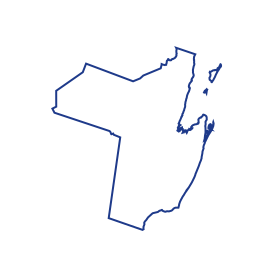 outline of Vilankulo, Inhambane, Mozambique, rotated 19°
{"feature_id": "85939544B70195584825603", "entity_name": "Vilankulo", "entity_type": "district", "adm_level": 2, "iso_a3": "MOZ", "parent_name": "Mozambique", "parent_adm1": "Inhambane", "projection": "natural_earth1", "projection_center": [35.386, -22.299], "detail": "fine", "context": "isolated", "style": "outline", "palette": "blue", "viewbox_px": 256, "rotation_deg": 19, "n_neighbors": 0, "source": "geoboundaries", "source_scale": "gbopen_adm2", "svg_char_len": 5736}
<svg xmlns="http://www.w3.org/2000/svg" viewBox="0 0 256 256"><g transform="rotate(19 128 128)"><path d="M67.1,90.0L48.0,116.2L53.2,131.2L50.2,134.3L53.5,137.5L111.2,136.9L112.3,137.2L113.1,138.0L114.1,139.2L114.3,139.3L115.8,138.1L116.7,139.0L123.7,139.4L139.1,219.5L174.9,219.6L175.7,218.6L175.3,217.9L174.8,216.2L174.9,213.8L174.7,213.2L174.3,212.7L174.2,212.4L174.3,211.3L174.6,210.4L175.2,209.1L175.7,207.2L176.1,205.9L178.8,201.0L179.3,200.4L183.4,197.8L183.8,197.4L184.4,196.4L184.7,196.0L185.9,195.2L186.5,194.5L186.8,194.4L187.7,195.0L188.8,195.1L190.3,195.1L190.6,195.0L192.0,194.0L193.9,193.5L195.9,192.1L196.5,191.4L197.4,189.3L198.3,188.3L199.0,187.8L201.6,186.9L201.4,184.1L201.2,183.6L201.2,183.1L201.2,180.7L201.5,178.4L202.1,174.8L202.5,173.6L203.1,170.6L204.3,166.4L204.1,166.5L204.9,164.2L206.1,158.5L206.8,152.9L206.9,150.7L206.8,149.3L206.9,148.1L207.3,141.1L207.3,137.3L207.5,134.9L207.4,132.4L207.1,131.7L206.6,127.9L206.1,125.9L206.1,122.6L205.6,121.9L205.4,120.9L205.3,119.5L205.5,117.5L205.3,117.1L206.3,108.7L207.4,104.2L207.9,101.2L208.0,98.4L207.6,96.3L207.4,95.7L206.7,94.7L206.7,94.8L207.1,95.6L207.4,96.5L207.4,98.0L207.8,98.9L207.7,99.5L207.4,100.2L207.5,100.7L207.2,101.1L207.2,101.8L207.1,102.0L206.9,102.0L206.9,102.3L207.4,102.5L206.6,102.6L206.4,104.0L206.9,104.3L206.9,104.6L206.8,104.9L206.5,105.0L206.6,105.7L206.5,106.4L206.1,107.5L206.0,107.8L205.5,108.1L205.3,108.9L204.9,109.3L205.2,110.0L204.8,111.0L205.0,111.3L205.0,112.0L204.6,112.2L204.8,113.1L204.8,113.5L204.1,114.6L204.0,113.0L203.7,112.1L203.7,111.4L203.4,110.8L202.8,107.1L201.7,103.9L200.9,101.9L200.4,101.0L200.2,99.3L199.7,97.9L199.3,97.1L199.3,96.2L199.6,95.1L199.7,94.4L198.9,92.3L198.3,91.5L197.3,91.0L196.1,90.8L195.0,90.8L194.8,90.9L194.7,91.1L194.5,92.8L193.9,93.4L193.7,94.3L193.5,94.5L193.1,94.5L192.1,95.8L191.8,96.8L191.8,97.2L192.5,98.6L192.7,99.2L192.9,99.5L192.7,99.9L192.7,100.0L193.0,100.2L193.0,100.7L192.8,100.9L192.5,101.0L192.6,101.3L191.2,102.3L190.1,102.8L189.5,103.3L188.6,104.1L187.9,105.1L187.9,105.6L187.5,106.4L187.8,106.8L188.1,106.9L188.4,107.4L188.6,107.5L188.9,107.4L188.9,107.6L188.6,107.9L188.1,107.7L187.6,107.4L187.4,108.4L187.6,108.8L188.3,109.8L187.5,109.4L187.1,109.6L186.9,109.5L186.9,109.8L186.3,109.9L186.0,109.6L185.9,110.1L185.6,110.2L185.4,110.7L185.2,111.0L185.3,111.2L185.1,111.8L185.2,112.7L185.1,113.4L184.9,113.2L184.8,112.2L184.4,111.4L184.0,111.4L183.7,111.9L183.4,111.5L183.2,111.4L183.0,111.5L183.2,112.2L182.9,112.0L182.6,112.4L182.4,113.2L182.1,112.9L181.9,113.9L181.5,114.5L181.2,114.7L181.3,112.9L181.1,112.7L181.3,112.6L181.2,112.2L180.7,112.2L180.5,111.9L180.3,111.7L180.2,111.4L179.8,111.6L179.5,111.3L179.3,111.3L179.0,111.5L178.8,112.1L177.9,112.2L177.8,111.9L178.0,111.1L178.8,110.7L179.0,110.2L178.9,110.0L178.4,110.6L177.7,111.0L177.3,111.7L177.2,111.9L177.4,112.2L177.2,112.6L177.3,112.8L177.5,112.9L177.8,112.8L178.0,113.0L177.8,113.4L177.8,114.2L177.7,114.3L177.4,114.5L177.3,114.1L176.9,114.3L176.7,114.6L176.4,114.4L176.6,114.1L176.2,114.1L175.9,114.0L175.6,114.3L175.5,114.2L175.9,113.3L176.3,113.1L176.0,112.9L176.0,112.5L175.7,112.3L175.9,112.0L175.9,111.6L175.7,111.4L175.1,111.3L175.2,110.5L175.4,110.8L175.7,110.4L175.9,109.5L175.7,109.0L175.7,108.8L175.9,108.7L175.6,108.6L175.6,108.3L175.7,108.2L175.4,108.2L175.1,107.5L174.5,107.5L174.4,107.4L174.6,106.3L174.6,104.3L174.8,103.2L174.9,101.7L174.9,100.2L175.0,100.1L174.9,99.9L175.1,99.5L175.0,99.4L175.1,99.0L175.1,98.8L175.3,98.3L175.1,98.1L174.9,97.0L175.2,96.0L175.1,94.1L175.3,93.1L175.1,92.0L175.1,89.4L174.9,88.6L174.3,87.1L174.2,86.0L173.9,84.9L173.8,82.6L173.7,82.1L173.6,81.7L173.7,80.8L173.6,80.1L173.6,79.9L173.4,78.8L173.3,77.9L173.4,75.5L173.7,73.6L173.7,72.1L173.5,70.1L173.4,70.0L173.2,70.3L173.0,70.2L172.6,69.9L171.9,68.7L171.8,67.6L171.8,66.3L171.9,65.6L173.0,62.6L172.9,62.2L172.5,62.2L172.3,61.4L172.4,60.3L173.0,58.6L172.9,58.1L173.1,57.4L172.9,56.6L171.3,54.3L171.0,53.1L170.5,52.1L170.0,48.3L170.1,46.5L169.9,46.1L169.7,45.4L169.3,45.0L168.7,42.9L168.3,42.5L168.2,41.8L168.0,41.7L167.7,41.0L167.6,40.3L167.5,39.8L167.4,39.7L167.3,38.8L167.6,36.4L147.4,36.5L148.1,37.2L148.3,37.5L148.6,39.4L149.3,41.1L149.8,41.7L149.8,42.0L149.7,42.5L150.2,43.5L150.2,44.7L149.9,45.0L149.9,45.6L149.7,46.2L148.5,47.7L148.2,48.0L147.6,48.2L147.2,48.7L146.9,49.0L146.8,49.7L146.5,50.0L145.8,50.3L145.0,50.4L144.6,50.3L144.0,49.8L143.7,49.7L143.5,49.8L143.5,50.2L143.6,50.9L143.4,51.2L143.0,51.5L142.9,51.9L143.4,54.2L143.3,54.9L143.5,55.8L142.6,56.2L142.4,56.5L140.6,56.7L139.0,56.6L139.2,57.3L139.5,60.9L125.4,73.4L123.3,77.2L117.6,82.2L67.4,80.8L67.1,90.0ZM195.8,39.0L195.2,37.9L194.8,37.6L194.7,37.6L194.6,38.2L194.8,38.4L194.8,38.7L194.4,39.7L194.4,41.2L194.2,41.4L193.9,41.5L193.5,42.0L193.3,42.2L193.3,42.6L193.2,43.7L193.5,44.8L192.1,44.6L191.5,44.7L191.3,44.8L191.1,45.2L190.2,45.5L189.6,45.9L188.1,47.8L187.9,48.0L187.1,48.1L187.1,48.3L187.1,49.0L188.4,50.2L188.8,51.2L189.0,52.7L188.7,53.7L188.7,54.1L189.3,55.4L189.6,55.8L190.2,56.0L190.9,56.3L191.5,56.4L191.9,56.7L192.1,57.4L192.3,57.4L192.5,57.0L192.6,56.2L193.0,55.0L193.6,51.2L193.7,49.1L194.3,45.1L194.9,42.9L195.2,41.1L195.8,39.8L195.8,39.0ZM205.4,98.3L205.0,97.7L204.8,97.5L204.5,97.7L204.4,98.0L204.0,98.2L203.8,98.7L203.7,100.1L204.0,101.9L204.7,102.1L205.3,102.6L205.5,102.7L205.3,101.7L205.5,100.7L205.7,100.2L205.5,99.2L205.9,98.7L206.0,98.3L205.9,98.2L205.6,98.3L205.4,98.3ZM189.9,66.0L189.7,65.8L189.1,67.0L188.5,67.8L188.4,69.2L188.2,69.6L188.3,69.7L188.7,69.7L189.2,69.0L189.8,68.5L190.8,69.5L190.4,67.2L190.4,66.0L189.9,66.0ZM204.1,107.0L204.4,106.7L204.6,106.5L204.7,105.5L204.5,104.8L204.2,104.6L203.8,104.9L203.6,105.6L203.6,106.6L203.8,107.0L204.1,107.0Z" fill="none" stroke="#1e3a8a" stroke-width="2"/></g></svg>